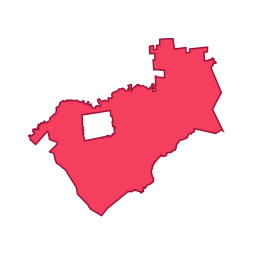 the district of Linares, Nuevo León, Mexico, rotated 349°
{"feature_id": "50627088B38143273708345", "entity_name": "Linares", "entity_type": "district", "adm_level": 2, "iso_a3": "MEX", "parent_name": "Mexico", "parent_adm1": "Nuevo León", "projection": "mercator", "projection_center": [-99.477, 24.853], "detail": "fine", "context": "isolated", "style": "filled", "palette": "rose", "viewbox_px": 256, "rotation_deg": 349, "n_neighbors": 0, "source": "geoboundaries", "source_scale": "gbopen_adm2", "svg_char_len": 5788}
<svg xmlns="http://www.w3.org/2000/svg" viewBox="0 0 256 256"><g transform="rotate(349 128 128)"><path d="M163.5,59.1L168.5,60.1L167.4,66.5L165.6,66.0L164.4,75.8L170.9,76.9L170.8,77.4L174.7,78.1L173.6,85.5L167.6,84.0L164.8,82.3L163.3,91.7L163.1,91.4L161.7,91.1L161.3,89.5L160.0,89.4L158.9,91.6L159.8,91.7L159.7,92.4L160.8,92.4L160.8,94.1L162.1,94.1L162.0,95.3L162.5,95.4L162.1,96.9L160.1,97.0L159.3,96.8L159.8,95.4L159.1,94.2L159.5,94.2L159.6,93.3L158.2,93.2L157.5,92.9L157.2,92.4L156.0,93.7L154.8,93.3L154.3,92.8L154.2,91.9L153.8,91.4L152.8,91.2L152.5,90.6L151.1,89.7L150.8,89.1L149.9,89.1L148.9,89.4L147.7,89.1L147.4,88.8L147.5,88.2L146.4,88.2L146.5,87.5L146.2,87.2L145.0,87.3L144.7,87.9L143.7,88.2L143.2,88.7L142.4,88.8L142.1,89.2L140.4,90.1L139.6,90.8L138.9,91.9L138.9,90.6L139.6,86.1L136.2,86.2L136.9,90.3L136.2,89.6L135.6,89.4L135.3,91.3L134.7,90.9L133.4,91.2L132.7,91.1L131.8,89.2L130.5,88.0L129.0,88.1L128.3,88.4L127.4,88.1L126.2,88.1L124.4,90.1L123.6,89.7L122.8,89.8L120.8,90.3L120.4,90.2L119.3,90.7L118.4,92.0L118.6,94.1L117.5,95.7L117.3,95.8L115.2,94.8L114.1,95.1L113.9,95.4L114.3,97.5L113.9,98.0L113.1,98.0L110.7,96.4L109.8,96.4L107.5,97.1L107.0,96.7L105.4,94.1L104.9,93.9L104.2,94.1L103.6,94.7L103.4,95.6L104.0,97.1L104.1,98.3L105.5,99.7L105.2,101.0L104.6,101.4L104.0,101.4L103.2,101.0L102.9,100.4L102.2,100.1L101.2,100.6L100.3,100.6L100.0,102.0L99.6,102.3L99.0,102.4L97.8,101.8L97.3,100.9L96.1,99.9L95.9,99.0L96.4,98.1L96.0,97.3L95.5,97.3L94.8,98.1L94.2,97.9L93.5,97.3L93.6,96.0L94.5,95.3L94.2,94.7L93.3,94.7L92.5,96.4L92.0,96.5L90.4,95.9L89.8,95.3L89.5,94.2L89.9,93.3L89.6,92.8L89.2,92.7L88.5,93.0L88.3,94.1L87.5,94.2L85.9,92.9L84.6,92.9L84.1,91.6L82.1,90.8L79.7,91.1L78.9,90.3L76.8,89.6L76.5,89.7L76.4,90.4L76.2,90.5L75.5,89.7L73.4,88.9L73.1,89.2L73.2,89.8L72.8,90.0L72.0,90.0L71.3,89.5L70.6,89.9L69.7,88.7L69.0,89.4L67.6,89.3L66.6,90.3L66.0,90.3L65.4,91.9L64.5,93.0L63.3,93.9L62.1,93.9L61.8,94.1L61.4,94.9L61.0,95.2L61.4,95.7L61.5,96.9L60.8,97.5L60.0,99.7L59.2,100.2L58.1,100.5L57.6,101.0L56.6,101.1L55.7,102.2L54.7,102.6L53.8,102.7L53.7,103.4L53.1,103.8L52.5,105.5L51.8,106.4L51.3,106.6L50.5,106.4L49.7,107.3L48.6,107.2L47.9,106.9L47.8,105.7L47.0,105.4L46.5,105.8L45.9,107.1L45.4,106.8L44.6,107.2L44.3,106.6L43.9,106.4L43.6,106.8L43.1,106.7L42.8,107.1L42.0,107.4L41.9,108.0L41.2,107.5L40.4,107.6L40.3,108.1L40.8,109.2L39.2,109.9L39.1,110.3L39.2,111.2L40.0,111.0L40.4,111.9L38.7,112.2L38.1,111.9L37.7,112.2L37.3,111.4L36.2,111.1L36.2,111.6L35.9,111.9L35.4,111.5L35.0,111.7L34.5,111.4L34.6,112.2L34.2,112.4L33.9,113.3L35.2,115.1L35.2,115.4L34.8,115.6L34.8,116.0L32.9,116.7L32.7,116.5L32.0,117.2L31.2,116.9L30.2,116.2L30.1,116.7L29.4,116.6L29.0,116.9L30.4,119.0L30.0,119.4L29.7,121.0L30.4,121.6L34.2,126.6L48.1,115.9L49.1,118.8L48.7,119.3L49.0,121.5L48.7,124.0L51.3,125.9L54.5,127.8L55.6,128.9L55.5,130.1L53.5,131.7L46.4,136.2L46.8,136.8L49.0,137.6L50.7,139.6L50.3,140.4L50.7,142.8L50.3,143.4L50.6,146.4L51.3,149.1L54.4,151.8L56.0,154.5L57.6,155.7L58.2,157.0L59.2,157.9L59.1,158.2L60.6,162.5L66.0,176.6L65.8,183.2L74.1,195.9L74.7,198.3L75.7,199.7L75.6,200.3L85.3,209.0L92.2,203.1L115.6,190.5L117.2,190.8L118.7,190.5L119.3,191.2L119.8,191.3L121.5,190.0L121.5,190.5L123.0,190.6L123.3,190.2L123.9,190.2L124.4,191.1L125.3,191.2L125.7,191.9L128.5,193.2L128.5,193.4L128.2,193.9L128.5,194.2L129.2,193.9L129.5,193.2L130.3,193.5L131.2,193.0L130.8,192.4L131.4,191.5L130.8,190.0L131.5,189.4L132.8,189.3L133.1,189.7L132.9,190.3L133.2,190.5L133.7,190.2L133.7,189.6L135.1,189.0L135.6,188.0L137.5,187.4L139.4,187.3L140.4,186.5L141.4,186.2L142.1,185.6L142.7,185.4L143.0,183.5L143.5,182.8L143.0,181.9L143.1,181.0L142.6,180.0L142.6,178.9L142.4,178.7L142.6,175.9L142.4,175.2L142.6,175.2L142.5,174.6L143.0,173.8L144.0,172.8L144.3,171.3L144.7,170.8L144.4,170.5L144.5,170.2L145.5,169.6L145.8,168.7L146.3,168.6L146.5,168.0L146.9,167.8L146.9,167.3L148.2,166.4L148.0,166.1L148.7,166.1L149.7,165.5L150.7,164.1L151.2,164.1L152.3,163.2L152.5,162.8L153.5,162.7L154.2,161.8L154.7,161.8L154.7,161.2L155.3,160.8L156.7,162.3L157.1,162.2L158.1,162.7L158.3,162.4L159.6,162.6L160.5,162.0L161.0,161.4L161.5,159.6L163.5,160.0L164.6,159.8L165.1,160.2L165.5,160.2L166.3,159.8L166.3,159.5L167.0,159.5L167.7,158.7L168.7,158.9L169.7,158.8L170.4,158.1L170.6,157.3L171.6,156.8L171.5,156.0L171.7,155.9L172.0,154.4L172.6,154.0L172.9,152.9L173.8,152.5L174.0,151.8L175.0,151.8L175.3,150.9L175.9,150.1L177.3,149.9L178.4,150.1L179.4,149.7L180.1,149.8L180.4,149.6L182.2,149.5L183.4,148.9L183.9,148.9L184.6,148.4L184.6,148.0L184.8,148.0L185.1,147.3L185.4,147.2L185.6,146.6L187.3,145.2L188.0,145.3L189.1,145.9L190.0,144.6L190.9,144.8L191.7,144.1L192.4,144.1L192.4,142.9L192.9,142.2L193.0,141.3L213.1,150.1L219.1,147.7L220.7,149.0L214.5,125.8L226.4,111.0L221.0,85.1L221.4,84.7L221.6,83.5L223.3,82.9L223.6,82.4L223.3,81.8L223.4,81.5L224.2,81.2L224.9,80.2L225.3,80.2L225.5,80.8L226.2,81.2L226.9,80.9L227.0,80.5L225.3,78.8L225.1,78.2L225.5,77.2L225.4,76.4L224.4,75.6L223.8,75.5L223.2,75.8L223.2,76.8L222.7,77.2L220.8,76.4L220.6,77.2L218.6,76.7L218.5,77.0L215.8,76.5L217.1,68.2L220.5,68.4L221.5,63.8L203.6,62.2L203.1,65.5L199.3,65.2L200.1,60.1L188.6,59.3L189.2,49.0L185.9,48.3L176.0,47.0L175.0,52.8L171.9,52.4L171.3,56.2L168.2,55.9L168.9,52.1L167.3,51.9L167.3,52.2L164.7,51.9L163.5,59.1ZM85.4,106.4L114.0,107.5L113.4,113.1L114.0,113.8L114.6,114.0L114.6,119.0L113.6,118.9L113.3,123.6L115.5,124.3L115.5,125.5L114.2,125.5L114.0,130.8L111.6,130.7L111.5,132.2L110.0,132.2L110.0,132.8L109.2,133.0L108.2,132.8L108.1,132.0L107.8,131.8L107.1,131.8L106.6,132.3L105.7,131.5L104.6,132.6L103.7,132.2L102.6,132.5L102.0,132.1L101.4,132.9L101.1,132.8L101.2,132.2L83.2,132.3L82.7,125.1L83.4,125.2L83.3,121.7L84.0,121.5L83.6,121.1L83.1,119.6L84.3,119.3L83.6,116.2L84.0,116.5L85.4,106.4Z" fill="#f43f5e" stroke="#9f1239" stroke-width="1.5"/></g></svg>